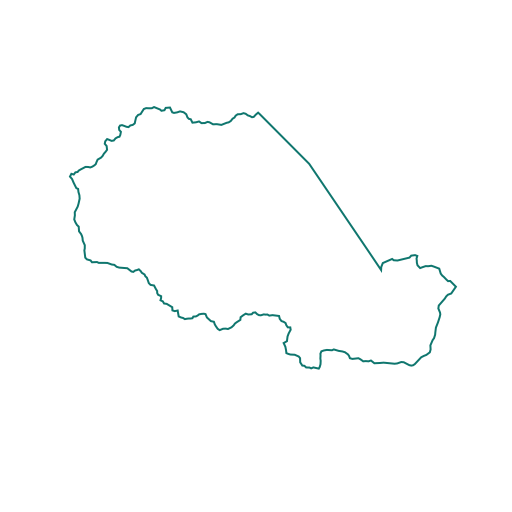 Lagoa Grande, Pernambuco, Brazil, rotated 318°
{"feature_id": "56859067B53919588563168", "entity_name": "Lagoa Grande", "entity_type": "district", "adm_level": 2, "iso_a3": "BRA", "parent_name": "Brazil", "parent_adm1": "Pernambuco", "projection": "mercator", "projection_center": [-40.254, -8.803], "detail": "fine", "context": "isolated", "style": "outline", "palette": "teal", "viewbox_px": 512, "rotation_deg": 318, "n_neighbors": 0, "source": "geoboundaries", "source_scale": "gbopen_adm2", "svg_char_len": 4066}
<svg xmlns="http://www.w3.org/2000/svg" viewBox="0 0 512 512"><g transform="rotate(318 256 256)"><path d="M137.5,158.5L140.9,161.7L143.1,165.8L144.8,167.8L145.2,170.8L146.6,173.1L152.2,179.0L153.1,184.2L154.2,185.7L156.5,185.9L158.1,186.8L160.0,187.5L160.2,190.2L159.9,192.0L160.8,195.2L160.2,197.0L160.4,199.1L159.2,202.1L158.2,204.4L158.3,206.9L160.5,209.7L159.5,213.5L159.1,215.9L157.8,217.4L157.3,219.3L158.6,222.4L157.4,223.7L155.4,225.0L156.4,227.4L155.9,229.8L157.6,231.8L159.5,238.0L157.5,240.5L158.7,242.6L161.3,244.1L159.9,246.3L158.1,249.2L159.2,251.6L160.3,253.2L160.9,255.3L162.7,256.4L164.1,257.4L165.4,258.6L167.1,259.7L168.9,259.1L170.9,260.7L172.8,261.2L174.7,261.3L176.8,262.6L178.6,264.0L179.6,265.4L178.4,268.8L178.9,274.2L180.7,276.7L179.6,279.3L179.2,281.3L178.8,284.5L179.4,286.8L182.8,288.0L184.9,289.7L186.3,291.5L190.1,292.6L193.0,292.6L195.1,292.1L197.3,292.3L201.6,293.0L203.6,291.2L207.0,291.5L209.8,292.0L211.1,294.3L213.8,296.4L215.9,296.2L217.8,297.5L217.9,299.8L218.6,301.9L219.9,303.3L222.7,304.6L223.9,306.0L225.3,307.1L226.0,309.2L228.7,311.0L233.0,316.0L231.6,318.6L231.4,321.4L232.5,323.4L233.1,325.6L232.2,327.8L231.9,330.3L233.7,332.0L232.4,334.0L228.5,335.4L225.6,336.9L222.0,340.0L218.3,339.2L217.1,343.1L215.3,346.1L213.6,348.5L214.5,350.4L215.6,352.2L218.7,355.3L220.5,359.3L220.4,361.4L217.7,364.6L217.1,368.4L218.5,370.0L218.7,372.4L221.1,374.7L221.8,376.4L224.1,377.2L227.3,381.7L229.1,381.1L231.5,379.6L233.9,377.2L235.2,375.3L237.3,373.2L238.5,371.7L240.8,370.6L243.2,371.6L245.8,373.2L249.4,376.9L251.3,377.5L254.0,381.9L256.3,384.7L257.7,387.0L258.5,390.6L258.3,392.5L257.4,394.8L258.8,397.0L263.7,400.5L264.5,402.7L265.2,406.0L267.2,407.5L269.2,409.6L271.5,410.6L272.2,414.9L276.6,418.5L279.4,420.6L280.7,422.0L286.9,428.8L289.0,430.3L293.0,432.0L294.7,433.8L296.9,439.7L298.1,441.4L299.6,442.3L301.6,442.6L306.5,442.2L311.0,441.8L314.0,442.6L316.4,443.5L320.7,443.9L323.2,442.3L325.8,439.1L331.0,436.7L333.3,436.2L336.4,434.4L338.1,432.8L341.8,429.6L346.8,427.1L351.5,424.4L353.9,422.7L354.9,421.2L356.4,417.0L358.7,415.1L367.8,414.0L370.3,413.3L372.7,413.2L376.0,414.5L384.0,412.6L383.8,408.3L383.6,404.5L381.9,403.2L381.7,400.8L381.6,397.3L381.3,395.1L381.5,392.7L382.9,389.7L383.7,388.0L381.0,382.7L379.8,380.6L377.4,379.0L375.2,377.0L372.2,375.7L369.9,374.8L369.8,371.0L371.0,368.7L372.4,367.0L373.6,365.3L375.9,363.9L374.8,361.8L371.6,359.6L369.0,359.9L358.1,354.0L355.5,351.3L355.2,349.3L350.4,347.7L345.5,346.1L341.7,348.0L339.6,350.1L342.6,328.9L356.2,230.3L357.2,223.1L354.0,158.9L353.9,156.7L353.7,153.0L353.5,150.9L350.5,150.8L347.4,151.1L345.9,150.2L345.1,147.9L344.0,146.0L343.5,143.4L342.3,141.5L339.6,140.4L337.2,138.4L334.8,138.1L332.6,138.7L330.5,138.3L327.6,138.8L325.1,138.4L323.4,137.4L318.0,135.4L316.4,133.4L315.1,131.8L312.2,129.4L310.9,125.5L309.7,123.9L307.0,123.0L304.4,120.8L303.7,117.9L300.9,116.5L298.0,114.4L299.0,110.7L297.9,109.2L297.8,107.2L299.0,104.0L298.4,100.7L296.3,97.7L293.5,96.5L290.8,94.8L289.9,93.2L291.4,88.1L288.0,85.5L285.5,86.4L282.9,84.8L282.7,82.9L279.9,77.1L277.5,76.5L276.2,75.4L274.6,73.9L273.3,72.6L271.0,71.7L267.7,72.6L265.2,73.3L262.8,72.3L259.7,72.7L256.7,74.8L254.6,76.3L252.1,76.1L250.0,74.9L247.5,74.9L246.2,73.3L245.1,71.1L244.0,69.1L242.3,68.1L240.2,68.7L238.7,70.8L238.7,73.3L236.2,75.2L234.3,76.0L232.7,75.1L230.3,74.6L227.6,75.0L225.7,73.8L224.6,71.4L223.6,69.5L220.7,69.9L218.7,71.4L218.6,74.3L216.4,77.4L214.0,77.9L211.4,78.2L209.0,79.0L206.6,79.2L202.8,78.4L200.3,79.5L198.4,80.5L196.6,80.5L194.2,80.1L192.1,79.3L190.9,77.6L188.9,75.7L186.1,75.0L183.8,74.4L181.4,73.9L179.6,74.2L177.8,73.0L175.1,73.5L173.8,71.4L170.9,72.5L170.8,75.8L169.6,79.2L168.5,83.1L167.9,85.4L168.7,87.1L166.9,89.6L165.4,92.7L163.3,95.4L159.1,98.4L156.5,100.0L150.6,102.2L148.6,104.6L145.4,107.2L144.3,110.2L143.7,113.2L143.9,115.5L141.0,119.3L140.7,122.7L140.0,124.8L139.2,126.4L137.5,128.7L136.0,133.4L133.8,135.8L132.2,137.0L128.0,143.0L128.1,145.4L130.1,148.6L129.9,150.9L133.8,154.1L134.5,155.8L137.5,158.5Z" fill="none" stroke="#0f766e" stroke-width="2"/></g></svg>